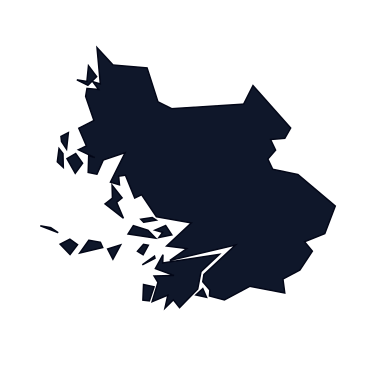 outline of Finland Proper, rotated 16°
{"feature_id": "FIN-3191", "entity_name": "Finland Proper", "entity_type": "Region", "adm_level": 1, "iso_a3": "FIN", "parent_name": "Finland", "parent_adm1": "", "projection": "orthographic", "projection_center": [22.144, 60.47], "detail": "medium", "context": "isolated", "style": "filled", "palette": "ink", "viewbox_px": 384, "rotation_deg": 16, "n_neighbors": 0, "source": "natural_earth", "source_scale": "10m", "svg_char_len": 1935}
<svg xmlns="http://www.w3.org/2000/svg" viewBox="0 0 384 384"><g transform="rotate(16 192 192)"><path d="M252.9,286.8L237.4,287.1L236.2,281.3L227.1,275.3L226.2,268.0L248.5,230.9L189.6,263.9L202.6,247.8L182.5,250.9L199.9,221.9L164.6,225.6L144.3,208.5L138.6,213.6L123.4,194.2L117.1,197.0L120.3,205.1L110.9,205.0L116.9,172.6L97.9,185.7L95.7,201.1L86.8,201.8L82.7,185.6L89.1,185.7L71.2,182.7L77.8,176.8L65.6,161.9L78.0,150.3L63.4,129.4L62.5,121.4L74.0,119.2L66.2,113.3L74.1,113.4L60.9,79.4L81.1,91.7L114.6,85.1L134.4,114.7L149.6,117.5L217.4,93.3L221.3,72.9L269.2,103.3L266.4,114.8L253.0,119.9L260.8,128.7L255.8,139.4L263.3,147.9L289.0,146.0L333.6,166.0L331.1,195.4L313.9,208.8L324.0,215.7L317.2,237.3L303.4,250.6L309.0,263.5L273.6,266.7L252.9,286.8ZM183.4,268.3L235.5,244.4L222.6,266.0L224.2,283.7L211.9,306.6L203.8,300.8L198.0,311.1L197.2,297.8L183.9,308.4L184.2,288.3L178.7,283.2L197.7,277.2L177.9,275.7L181.4,260.3L183.4,268.3ZM133.3,236.1L111.7,227.4L117.2,219.8L113.3,207.5L126.4,216.9L122.4,222.7L133.3,236.1ZM144.9,240.5L160.2,240.9L169.7,246.4L142.1,250.0L144.9,240.5ZM106.1,266.8L117.8,265.6L121.5,270.0L100.9,281.6L106.1,266.8ZM79.6,278.5L87.6,271.0L96.5,274.2L92.0,285.7L79.6,278.5ZM69.6,187.1L78.9,194.5L74.6,206.2L62.6,194.4L69.6,187.1ZM170.9,294.3L181.7,293.6L181.0,308.4L174.6,309.5L170.9,294.3ZM62.5,118.1L50.4,115.9L60.5,114.7L57.7,99.2L68.5,107.4L62.5,118.1ZM174.9,238.9L166.9,238.9L175.9,231.5L184.4,238.8L172.7,244.9L174.9,238.9ZM138.0,262.5L134.5,278.4L126.6,270.0L138.0,262.5ZM55.5,266.3L66.0,265.2L74.6,268.0L55.5,266.3ZM155.9,264.0L159.8,255.7L164.7,255.2L162.3,265.8L155.9,264.0ZM229.0,281.9L235.0,289.2L224.1,289.9L229.0,281.9ZM61.5,203.8L54.2,200.1L52.2,186.9L57.4,190.7L61.5,203.8ZM59.6,185.4L52.7,179.5L50.7,174.7L56.8,169.0L59.6,185.4ZM164.3,275.7L173.6,264.0L174.7,265.9L164.3,275.7ZM165.4,228.9L153.9,234.4L150.3,232.3L160.8,227.5L165.4,228.9Z" fill="#0f172a" stroke="#020617" stroke-width="1.5"/></g></svg>